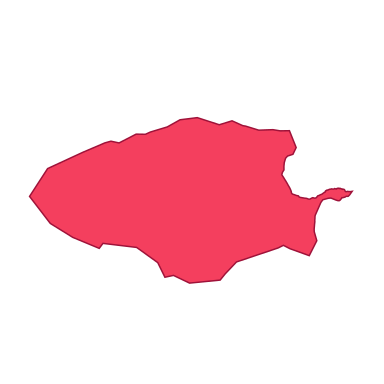 Ugtaalcaidam, Töv, Mongolia (Natural Earth projection), rotated 34°
{"feature_id": "93677404B35581268375845", "entity_name": "Ugtaalcaidam", "entity_type": "district", "adm_level": 2, "iso_a3": "MNG", "parent_name": "Mongolia", "parent_adm1": "Töv", "projection": "natural_earth1", "projection_center": [105.657, 48.203], "detail": "fine", "context": "isolated", "style": "filled", "palette": "rose", "viewbox_px": 384, "rotation_deg": 34, "n_neighbors": 0, "source": "geoboundaries", "source_scale": "gbopen_adm2", "svg_char_len": 2872}
<svg xmlns="http://www.w3.org/2000/svg" viewBox="0 0 384 384"><g transform="rotate(34 192 192)"><path d="M322.7,162.6L315.6,156.6L314.1,154.6L312.5,151.7L311.8,150.5L310.5,148.0L309.4,146.5L309.0,145.6L308.5,144.9L308.1,144.2L307.6,143.4L307.2,142.5L304.7,128.7L304.8,125.3L308.3,121.2L309.8,119.9L310.7,119.3L315.8,118.2L317.8,117.6L318.9,116.9L319.3,116.1L319.5,114.3L319.5,112.8L320.0,112.6L320.3,112.3L320.8,111.7L321.6,110.8L322.0,110.1L322.2,109.4L322.5,109.1L323.3,108.7L323.9,108.2L324.3,106.4L324.4,101.9L323.5,102.7L323.0,103.2L322.4,103.5L321.8,104.0L321.5,104.1L321.1,104.2L320.7,104.4L320.4,104.7L320.2,105.0L319.7,105.4L319.3,105.7L318.9,105.7L318.5,105.6L318.0,105.4L317.7,105.1L317.3,104.9L316.9,104.8L316.6,104.8L316.2,104.9L316.0,105.1L315.7,105.2L315.4,105.3L315.3,105.5L315.2,105.7L314.9,105.7L314.5,105.6L314.1,105.9L313.6,106.0L313.0,106.1L312.7,106.1L312.3,106.4L312.2,106.8L311.7,106.9L311.5,107.0L311.2,107.0L310.9,107.1L310.8,107.4L310.8,107.5L310.7,107.6L310.5,107.8L310.4,107.9L310.3,108.1L310.2,108.2L310.0,108.4L310.0,108.5L309.9,108.5L309.7,109.0L309.2,109.1L308.7,109.3L308.4,109.3L308.3,109.5L308.1,109.9L307.9,110.3L307.3,110.7L306.6,111.1L306.3,111.2L306.1,111.3L305.9,111.4L305.7,111.7L305.6,111.8L305.0,112.4L304.8,112.7L304.4,112.9L304.3,113.0L304.2,113.3L304.1,113.5L303.9,113.8L303.8,114.0L303.5,114.4L303.1,114.7L302.8,114.9L302.8,115.1L302.8,115.4L302.8,115.5L302.7,115.6L302.3,115.9L302.1,116.6L302.2,116.8L302.2,117.0L302.4,117.4L302.2,117.9L301.9,118.3L301.8,118.8L301.5,119.4L301.4,119.7L301.2,120.4L301.1,120.8L301.0,121.0L300.5,121.7L300.5,121.8L299.9,122.6L299.6,123.1L299.5,123.3L299.3,123.8L299.1,124.1L298.8,124.3L298.7,124.5L298.4,124.9L298.3,126.4L298.1,127.5L297.8,127.9L297.2,128.5L296.5,128.7L295.8,129.0L295.4,129.1L295.1,129.4L294.7,130.0L293.7,132.0L292.9,132.6L291.8,132.9L290.8,133.1L289.9,133.5L288.9,134.1L287.9,134.5L286.9,135.0L285.7,135.5L284.6,136.0L283.6,136.2L282.4,135.7L281.4,136.1L280.8,136.4L279.6,136.7L278.3,137.0L276.3,137.6L275.6,137.3L275.2,137.3L274.5,136.7L274.3,136.4L274.1,136.3L274.1,136.2L273.5,135.7L272.3,134.9L270.8,134.0L270.6,133.9L269.4,133.3L268.1,132.7L266.0,131.6L264.7,131.0L263.5,130.4L263.4,130.4L261.4,129.5L259.7,128.7L258.0,128.0L256.9,127.5L256.6,127.0L256.0,125.1L255.9,123.2L255.9,122.5L255.9,122.3L253.9,119.4L252.1,116.1L250.7,111.7L251.1,108.8L254.6,104.3L253.5,96.9L238.5,86.7L230.9,92.0L224.2,95.1L212.8,103.4L199.6,107.4L197.0,108.6L185.4,110.6L177.0,121.0L154.8,127.4L141.7,138.8L135.1,151.9L124.0,165.5L121.1,170.2L113.3,175.3L104.1,192.1L96.4,195.2L92.3,200.0L79.5,219.8L59.2,253.3L59.8,286.5L92.1,297.3L118.5,296.3L146.6,290.6L146.9,284.4L177.1,268.9L203.1,269.7L217.2,277.8L223.3,271.5L240.9,268.9L264.6,249.3L265.3,241.2L268.0,225.1L294.7,190.2L297.6,185.1L305.1,184.2L324.8,179.2L322.7,162.6Z" fill="#f43f5e" stroke="#9f1239" stroke-width="1.5"/></g></svg>